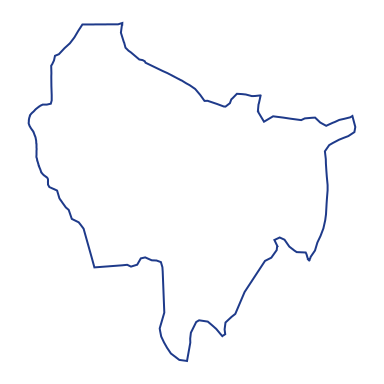 Khamir, Amran, Yemen
{"feature_id": "15242507B91488978109149", "entity_name": "Khamir", "entity_type": "district", "adm_level": 2, "iso_a3": "YEM", "parent_name": "Yemen", "parent_adm1": "Amran", "projection": "natural_earth1", "projection_center": [43.859, 15.999], "detail": "fine", "context": "isolated", "style": "outline", "palette": "blue", "viewbox_px": 384, "rotation_deg": 0, "n_neighbors": 0, "source": "geoboundaries", "source_scale": "gbopen_adm2", "svg_char_len": 5238}
<svg xmlns="http://www.w3.org/2000/svg" viewBox="0 0 384 384"><path d="M187.0,361.0L190.3,342.7L190.2,338.6L190.9,332.7L196.2,322.0L199.1,320.3L207.8,321.6L212.6,325.7L216.3,329.0L220.3,333.8L222.1,335.9L222.3,336.1L222.5,335.9L223.7,335.2L225.2,334.2L224.6,329.4L225.5,322.5L231.5,316.9L235.3,313.9L244.6,292.0L265.0,260.9L271.3,257.7L276.7,250.1L277.1,246.6L277.5,246.4L274.4,240.0L279.7,237.5L284.5,239.7L289.3,246.6L294.3,250.5L296.7,252.1L305.7,252.5L306.6,254.5L307.4,257.4L308.0,258.9L308.8,259.0L309.0,259.5L308.4,259.7L308.6,259.9L308.8,260.2L309.2,260.5L309.5,260.3L309.8,258.9L310.1,258.6L310.7,256.8L315.0,250.5L317.4,242.5L320.5,236.0L323.4,228.4L325.2,220.3L326.0,214.3L326.6,203.5L326.9,199.1L327.6,190.3L327.6,185.1L326.8,176.6L326.4,171.2L325.9,163.5L325.8,159.1L324.9,151.3L329.2,145.1L332.8,143.0L339.1,139.7L343.8,137.8L348.3,136.1L354.4,132.1L355.3,127.0L352.4,116.0L350.3,117.3L344.3,118.8L339.8,119.8L339.3,119.9L334.8,122.0L332.7,122.8L326.8,125.5L326.2,125.8L322.7,123.9L320.2,122.5L315.1,117.6L311.6,117.8L307.0,118.2L304.8,118.4L301.2,120.1L290.6,118.7L283.3,117.6L273.8,116.4L273.1,116.3L264.0,121.7L258.2,112.0L258.3,111.4L257.9,111.2L258.5,104.5L258.9,103.3L259.5,100.6L260.6,95.5L260.4,95.4L255.0,96.0L251.9,96.1L245.8,94.5L242.1,94.1L236.9,93.8L232.5,98.3L231.3,99.4L229.9,103.2L225.5,106.6L223.8,106.5L217.1,104.0L207.6,100.8L204.5,100.9L200.2,94.9L195.2,89.0L189.7,85.2L186.2,83.3L181.4,80.3L181.1,80.3L167.4,73.1L162.9,71.1L157.7,68.6L145.5,62.7L144.8,61.3L142.6,60.1L139.3,59.5L130.8,52.3L128.5,50.7L125.5,47.7L124.1,42.5L123.8,42.0L120.9,32.7L121.9,25.1L122.2,25.0L122.3,23.0L118.2,24.3L82.4,24.5L78.3,30.8L74.4,37.4L69.9,43.3L64.5,48.2L58.9,54.2L55.0,55.8L54.0,60.4L52.2,64.2L51.2,65.7L51.4,73.4L51.3,76.1L51.3,77.4L51.4,86.3L51.7,95.2L51.7,100.4L50.8,103.7L46.8,104.6L42.7,104.6L42.1,104.9L41.7,105.1L41.2,105.3L40.9,105.5L40.7,105.5L40.1,105.9L39.7,106.2L39.5,106.4L39.1,106.5L38.8,106.8L38.6,107.0L38.4,107.1L38.2,107.2L38.0,107.4L37.9,107.5L37.4,107.9L37.1,108.1L36.6,108.5L36.1,108.9L35.9,109.1L35.7,109.2L35.4,109.6L34.9,110.0L34.6,110.5L34.2,110.8L34.0,111.1L33.9,111.2L33.8,111.3L33.5,111.6L33.4,111.7L33.2,111.9L33.0,112.0L32.8,112.2L32.6,112.4L32.3,112.6L32.0,112.9L31.7,113.3L31.4,113.5L31.1,113.8L31.0,114.0L30.8,114.3L30.5,114.6L30.3,115.0L30.2,115.2L30.0,115.3L30.0,115.6L30.0,115.9L29.7,116.2L29.7,116.6L29.6,116.9L29.5,117.2L29.4,117.4L29.3,117.7L29.3,117.9L29.2,118.1L29.2,118.3L29.1,118.6L29.0,119.0L29.0,119.4L28.9,119.6L28.9,119.9L28.8,120.5L28.9,120.9L28.8,121.4L28.8,122.1L28.7,122.4L28.7,122.8L28.7,123.0L28.7,123.4L28.7,123.6L28.8,123.8L28.9,124.1L29.0,124.3L29.2,124.7L29.2,124.9L29.3,125.3L29.4,125.5L29.5,125.7L29.7,126.1L29.8,126.4L30.1,126.7L30.2,127.0L30.3,127.2L30.5,127.6L30.7,127.8L30.9,128.2L31.1,128.5L31.4,128.9L31.5,129.1L31.7,129.4L31.9,129.6L32.0,129.7L32.1,130.0L32.3,130.1L32.4,130.3L32.5,130.4L32.7,130.7L32.8,130.9L32.9,131.0L33.0,131.2L33.1,131.3L33.3,131.5L33.3,131.8L33.5,132.0L33.6,132.4L33.8,132.8L34.0,133.2L34.0,133.4L34.1,133.6L34.2,133.9L34.3,134.2L34.4,134.5L34.5,134.8L34.6,135.0L34.8,135.4L34.8,135.6L35.0,136.0L35.2,136.5L35.4,137.0L35.5,137.3L35.7,138.3L35.8,138.9L36.0,139.9L36.1,140.2L36.1,140.7L36.2,141.0L36.2,141.3L36.2,141.5L36.2,141.9L36.2,142.3L36.3,142.8L36.3,143.1L36.3,143.3L36.3,143.7L36.5,143.9L36.5,144.1L36.5,144.4L36.5,144.6L36.5,144.8L36.5,145.1L36.5,145.3L36.5,145.6L36.5,145.8L36.5,146.1L36.5,146.4L36.5,146.8L36.5,147.1L36.5,147.7L36.5,147.9L36.6,148.3L36.6,148.9L36.6,149.3L36.6,149.6L36.6,150.0L36.5,150.5L36.5,150.8L36.5,151.3L36.5,151.6L36.5,152.0L36.5,152.4L36.5,152.6L36.5,153.1L36.5,153.3L36.5,153.6L36.5,154.4L36.5,155.2L36.4,155.9L36.4,156.4L36.4,156.5L36.4,157.0L36.5,157.3L36.5,157.5L36.6,157.8L36.7,158.0L36.8,158.3L36.9,158.6L37.0,159.0L37.1,159.5L37.1,159.9L37.2,160.1L37.2,160.4L37.2,160.6L37.4,160.9L37.5,161.2L37.5,161.5L37.7,161.8L37.8,162.2L37.9,162.6L38.0,162.8L38.0,163.0L38.1,163.4L38.3,163.7L38.3,164.0L38.5,164.6L38.5,164.9L38.6,165.1L38.7,165.6L38.9,165.7L38.9,166.0L39.0,166.2L39.0,166.4L39.1,166.7L39.3,166.9L39.4,167.3L39.6,167.8L39.8,168.2L39.9,168.6L40.0,168.8L40.2,169.1L40.4,169.7L40.5,170.1L40.7,170.6L40.9,171.2L41.0,171.5L41.2,171.9L41.2,172.2L41.3,172.3L41.3,172.5L41.7,172.8L41.8,173.0L42.0,173.2L42.2,173.5L42.3,173.6L42.5,173.8L42.7,174.1L42.9,174.3L43.2,174.6L43.3,174.7L43.5,174.9L43.8,175.1L43.9,175.3L44.1,175.4L44.3,175.5L44.5,175.7L44.7,175.8L45.0,176.0L45.3,176.3L45.5,176.5L45.8,176.6L46.0,176.8L46.3,176.9L46.4,177.1L46.6,177.2L46.8,177.4L47.0,177.5L47.2,177.8L47.4,178.0L47.5,178.2L47.7,178.5L47.8,178.8L47.9,179.2L48.0,179.5L48.0,179.8L48.0,180.1L48.0,180.3L48.0,180.8L48.0,181.1L48.0,181.4L48.0,181.7L47.9,181.9L47.9,182.2L48.0,182.5L48.0,182.8L48.0,183.0L48.0,183.5L48.0,184.0L48.0,184.4L48.0,184.6L49.4,187.1L56.8,190.4L57.1,190.6L59.4,198.3L60.7,200.3L60.8,200.3L62.5,202.8L65.8,207.4L68.7,209.9L71.8,218.9L78.7,222.3L80.6,224.7L83.6,228.7L92.0,258.6L94.4,267.4L122.3,265.3L127.2,264.8L131.0,266.6L137.2,264.7L140.8,258.4L145.2,257.4L149.9,259.5L151.8,260.3L156.5,260.5L160.9,262.1L162.4,267.2L162.7,271.5L164.3,312.6L159.7,328.4L160.1,330.9L161.2,336.5L164.0,342.4L167.0,347.7L170.9,353.5L179.3,359.9L187.0,361.0Z" fill="none" stroke="#1e3a8a" stroke-width="2"/></svg>